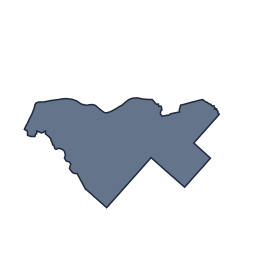 outline of Tomes pag., Keguma, Latvia, rotated 316°
{"feature_id": "27541924B49923390023090", "entity_name": "Tomes pag.", "entity_type": "district", "adm_level": 2, "iso_a3": "LVA", "parent_name": "Latvia", "parent_adm1": "Keguma", "projection": "albers", "projection_center": [24.641, 56.746], "detail": "fine", "context": "isolated", "style": "filled", "palette": "slate", "viewbox_px": 256, "rotation_deg": 316, "n_neighbors": 0, "source": "geoboundaries", "source_scale": "gbopen_adm2", "svg_char_len": 4691}
<svg xmlns="http://www.w3.org/2000/svg" viewBox="0 0 256 256"><g transform="rotate(316 128 128)"><path d="M110.9,77.6L110.2,74.2L109.8,72.5L109.0,71.3L108.5,70.0L107.8,68.7L106.9,67.5L106.0,66.5L104.6,64.5L101.8,62.0L96.6,58.4L92.1,55.0L85.1,50.5L81.8,47.3L79.2,46.1L77.2,46.6L76.5,47.2L73.9,48.8L71.7,49.8L68.0,51.4L65.4,52.3L62.7,53.2L61.0,53.9L59.6,54.4L58.6,54.9L56.5,55.4L55.4,55.7L54.9,56.1L52.5,57.0L53.0,58.6L53.0,58.8L53.1,59.0L53.3,59.2L53.4,59.5L53.4,59.8L53.1,60.9L52.3,61.7L52.1,61.9L52.0,62.0L50.7,63.4L50.7,63.5L51.1,64.4L51.2,64.6L51.5,65.3L52.1,66.5L53.2,67.6L54.3,68.7L54.9,69.4L55.2,69.4L56.3,68.8L57.0,68.3L58.1,68.7L59.5,67.6L60.2,66.8L62.4,71.5L62.5,71.7L66.5,72.9L66.3,73.1L64.5,74.8L64.7,76.2L64.9,77.4L65.0,78.5L65.1,79.1L65.0,80.3L65.0,81.1L64.9,82.6L64.1,83.1L63.9,83.5L64.0,84.1L63.7,84.7L63.2,85.6L63.2,85.8L63.1,86.0L62.9,86.3L62.8,86.6L62.7,86.9L62.5,87.2L62.2,87.5L62.2,88.2L62.5,89.2L61.1,91.8L61.4,93.4L63.3,94.1L63.7,94.1L64.6,95.3L64.9,95.6L66.0,98.2L66.1,100.5L64.1,104.1L61.3,105.5L60.6,108.9L62.3,111.8L61.8,114.1L58.1,116.2L57.8,116.5L57.7,116.6L57.6,117.3L57.5,117.7L57.4,118.5L57.4,119.0L57.3,119.3L57.2,120.8L57.1,121.1L57.1,121.3L57.1,121.5L57.3,122.0L57.6,122.7L58.1,123.7L58.4,124.1L58.5,124.3L58.7,124.5L58.8,124.7L59.0,124.8L59.4,125.2L59.6,125.4L59.8,125.5L59.5,126.5L59.2,127.2L58.6,129.5L57.9,131.8L57.3,134.1L56.7,136.3L56.0,138.6L55.4,140.9L55.2,141.6L54.9,142.4L55.0,142.4L55.1,142.5L55.2,143.5L55.3,143.7L55.3,143.8L55.4,146.0L55.8,150.3L55.9,152.7L56.3,157.4L56.6,160.7L56.6,161.6L56.7,162.6L56.8,163.6L56.9,164.6L56.9,164.8L56.9,165.0L56.9,165.3L57.0,165.5L57.1,168.0L57.3,170.5L59.9,170.3L62.5,170.1L65.1,169.9L67.7,169.7L70.3,169.5L72.9,169.3L74.3,169.2L75.7,169.1L76.2,169.1L76.6,169.1L79.2,168.8L81.8,168.6L84.4,168.4L87.0,168.2L89.6,168.0L92.2,167.8L94.8,167.6L97.4,167.4L100.0,167.2L102.6,167.0L104.9,166.8L107.2,166.6L107.5,166.6L107.8,166.6L110.4,166.4L113.0,166.2L115.6,166.0L118.2,165.8L120.8,165.6L123.4,165.4L124.0,165.3L124.4,170.4L124.9,176.5L125.3,181.6L125.7,186.8L126.1,192.0L126.2,192.7L126.6,197.8L127.0,202.4L127.4,207.1L127.6,209.9L133.5,209.5L139.4,209.0L144.5,208.6L150.3,208.2L153.7,208.0L155.3,207.9L160.7,207.4L160.9,207.4L161.0,207.4L161.6,207.3L166.3,207.0L165.6,195.8L164.9,184.5L165.3,184.5L166.4,184.4L167.7,184.3L170.9,184.1L171.6,184.0L174.1,183.8L175.6,183.6L176.6,183.6L176.8,183.6L181.2,183.3L184.8,183.0L186.9,182.8L192.5,182.4L194.8,182.2L198.1,182.0L202.6,181.6L202.8,181.6L203.1,181.4L203.3,181.2L203.1,181.0L203.1,180.7L202.9,180.5L203.1,180.2L203.3,179.7L203.4,179.3L203.9,179.0L203.9,178.9L204.0,178.7L204.2,178.2L204.3,178.1L204.4,177.8L204.3,177.7L204.3,177.3L204.3,177.2L204.4,176.7L204.6,176.5L204.6,176.3L205.0,176.0L205.1,175.8L205.1,175.7L204.8,175.5L204.5,175.7L204.2,175.8L204.1,175.7L204.3,175.5L204.3,175.3L204.3,175.0L204.2,174.8L204.2,174.6L204.3,174.5L204.4,174.3L204.1,174.3L203.5,174.4L203.4,174.3L203.9,174.1L204.0,174.1L204.2,173.9L204.3,173.8L204.3,173.7L204.4,173.4L204.4,173.2L204.6,172.7L205.0,172.2L205.3,171.9L205.1,171.6L204.8,171.4L204.7,171.3L204.6,171.1L204.4,171.1L204.1,170.8L204.0,170.5L204.0,170.4L203.8,170.2L203.8,169.7L203.8,169.4L204.0,169.1L204.0,168.9L203.9,168.7L204.0,168.4L203.9,168.3L203.8,168.2L203.7,168.2L203.6,167.9L203.4,167.4L203.2,166.8L203.0,166.4L202.9,165.7L202.9,165.4L202.9,164.8L202.7,164.6L202.6,164.4L202.4,164.2L202.4,163.7L202.2,163.4L202.1,163.0L201.9,162.7L201.5,159.4L198.0,157.2L195.8,156.1L194.8,155.5L192.1,153.9L189.0,152.2L185.8,150.5L184.1,149.5L181.7,148.1L177.5,150.6L177.1,150.9L177.1,151.0L176.6,151.7L176.2,152.3L175.6,151.9L175.1,151.5L174.4,151.1L172.1,149.6L171.3,149.1L168.4,147.3L166.4,147.1L166.1,147.0L164.5,145.6L163.4,145.0L162.4,144.4L162.0,144.1L160.8,143.1L160.9,142.3L161.0,140.8L161.2,140.3L161.8,139.6L163.8,138.4L165.1,138.5L165.3,138.0L165.2,137.8L165.3,137.5L165.9,137.2L166.5,136.3L166.9,135.6L166.9,135.1L166.4,134.7L166.0,134.4L165.2,133.8L165.8,132.9L166.5,131.9L166.1,131.6L165.7,131.3L165.6,131.2L165.2,130.9L165.0,130.7L164.9,128.5L165.0,128.2L165.2,124.3L164.5,123.6L163.8,122.9L162.9,122.0L162.2,121.6L161.4,120.3L159.9,118.8L158.8,117.4L157.7,115.9L155.7,112.8L154.6,111.9L153.3,110.8L152.4,110.1L151.7,109.6L150.8,109.2L148.9,108.3L147.1,108.0L145.4,107.8L143.5,107.6L141.7,107.6L139.7,107.4L137.3,106.8L135.7,106.3L133.7,106.0L132.1,105.6L130.1,105.1L129.1,104.8L127.8,104.4L126.4,103.9L125.7,103.6L125.2,103.3L123.9,102.7L122.8,101.9L122.0,101.0L121.9,100.8L121.4,99.0L121.0,96.5L120.6,93.2L120.4,90.9L120.3,89.3L119.8,88.2L119.1,87.0L118.2,85.9L116.0,84.2L114.4,83.2L113.4,82.1L112.7,80.9L111.9,79.8L111.3,78.9L110.9,77.6Z" fill="#64748b" stroke="#1e293b" stroke-width="1.5"/></g></svg>